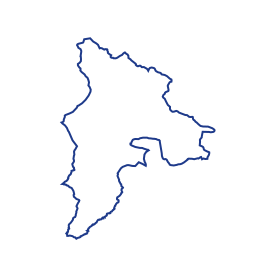 Lundazi, Eastern, Zambia, rotated 257°
{"feature_id": "96606910B63463932820005", "entity_name": "Lundazi", "entity_type": "district", "adm_level": 2, "iso_a3": "ZMB", "parent_name": "Zambia", "parent_adm1": "Eastern", "projection": "natural_earth1", "projection_center": [33.083, -12.415], "detail": "fine", "context": "isolated", "style": "outline", "palette": "blue", "viewbox_px": 256, "rotation_deg": 257, "n_neighbors": 0, "source": "geoboundaries", "source_scale": "gbopen_adm2", "svg_char_len": 5645}
<svg xmlns="http://www.w3.org/2000/svg" viewBox="0 0 256 256"><g transform="rotate(257 128 128)"><path d="M32.0,52.5L31.7,52.9L32.2,53.9L32.3,55.2L32.2,55.4L32.4,56.3L32.4,57.0L32.5,57.2L33.2,57.5L33.4,59.3L33.6,59.7L33.8,60.7L34.3,61.6L34.1,61.9L34.1,62.4L34.4,63.3L34.3,63.7L34.5,63.8L34.4,64.1L35.1,64.9L36.2,65.1L36.5,65.9L36.9,65.5L36.9,66.1L37.8,65.9L38.3,66.2L38.5,66.7L39.1,67.0L39.4,67.8L40.0,68.3L40.8,70.6L41.3,70.9L41.3,71.5L41.7,71.8L41.6,72.2L41.9,72.3L41.7,73.0L41.9,73.1L41.9,73.9L42.5,74.9L42.8,75.1L43.0,76.1L44.4,77.2L45.2,78.2L45.1,78.6L45.3,79.3L45.1,79.4L45.2,79.6L45.0,81.2L45.8,82.3L45.6,82.4L45.8,82.9L45.7,83.0L46.2,83.3L45.8,83.8L46.1,83.9L46.4,84.4L46.5,84.9L46.3,85.2L46.7,85.2L47.4,87.4L47.8,87.6L48.0,87.9L48.7,87.9L49.2,88.2L49.3,88.5L49.3,90.3L49.0,90.5L49.0,91.5L49.5,91.5L50.2,92.4L50.3,93.5L51.4,94.7L51.4,95.1L52.3,96.7L53.0,96.4L53.9,97.0L55.0,97.7L55.0,98.1L55.6,98.4L56.8,99.5L57.6,100.7L57.7,101.7L58.0,102.1L59.1,102.5L59.8,102.5L60.4,101.9L60.7,101.5L61.0,101.5L61.2,101.3L61.8,101.4L62.8,101.9L63.8,104.5L65.1,106.2L66.2,106.9L66.4,107.7L66.8,108.0L68.6,107.6L69.4,107.8L70.0,108.1L70.7,109.4L71.1,109.7L72.8,108.5L74.7,108.7L75.4,108.1L77.0,107.9L77.6,107.5L78.8,107.4L79.5,107.7L83.7,107.0L85.3,107.9L86.2,107.7L90.3,112.0L91.3,114.0L92.0,118.7L91.7,120.3L90.1,123.6L89.3,126.4L89.4,126.7L92.2,130.8L89.6,134.2L87.2,136.8L87.9,137.1L89.6,137.1L91.4,136.6L93.7,136.6L94.2,136.5L98.5,138.1L100.5,140.2L101.4,142.4L101.6,143.1L102.3,142.6L102.4,142.0L104.5,138.5L105.3,137.5L106.0,134.9L107.9,130.8L110.3,127.5L111.9,126.2L111.6,126.6L111.7,126.9L112.3,126.9L112.3,127.5L112.5,127.8L113.5,128.3L115.4,130.0L115.7,131.5L115.6,132.0L115.7,132.5L114.8,135.8L115.3,137.5L115.2,140.6L114.3,144.4L113.3,145.9L112.7,147.9L111.8,150.1L111.7,150.9L111.6,151.0L110.9,152.9L109.9,154.1L109.3,155.6L108.3,156.1L107.5,155.9L95.8,155.2L93.1,154.8L91.1,155.0L89.9,155.5L89.3,156.4L89.4,157.3L89.0,158.0L88.3,158.6L86.0,159.2L84.0,160.2L82.9,160.4L82.2,161.4L81.2,164.2L81.1,167.4L81.3,168.8L81.0,170.6L81.1,172.3L81.9,174.9L83.7,178.8L83.9,178.7L84.4,179.4L84.5,180.1L83.6,183.5L82.7,185.5L82.8,189.0L82.4,189.8L83.3,192.1L83.3,192.7L80.9,193.1L81.3,194.7L80.4,196.3L80.1,198.4L81.6,198.9L83.4,200.6L84.8,201.4L86.0,201.7L86.6,201.1L86.9,200.4L89.4,197.4L90.3,197.1L91.9,197.1L92.5,196.9L93.3,196.2L94.9,194.0L98.4,195.1L100.2,195.4L100.9,195.9L102.2,197.7L103.2,198.0L107.5,199.9L105.9,206.1L105.2,207.7L105.0,210.2L105.3,211.1L105.9,211.7L106.7,211.8L107.5,211.3L108.8,210.1L111.3,206.4L112.6,201.4L113.7,199.1L115.8,197.5L118.0,196.1L118.9,195.2L120.5,194.5L121.0,193.9L121.5,193.6L122.2,193.4L124.1,193.6L124.4,193.2L124.6,191.5L125.2,190.0L127.0,188.7L127.3,188.3L127.8,186.7L130.7,182.4L131.6,181.1L132.8,180.3L133.6,179.3L133.8,178.8L133.6,176.5L133.8,175.1L134.3,174.5L135.5,173.7L136.2,173.3L137.2,173.2L139.2,173.7L141.5,172.0L145.3,171.0L148.2,170.4L149.7,169.2L150.7,168.9L152.2,169.9L153.1,171.6L154.0,172.0L154.5,172.9L154.9,175.4L155.2,175.8L156.2,176.1L160.1,176.2L160.8,176.6L163.1,178.8L163.6,180.2L163.4,180.7L164.2,181.1L165.5,181.2L166.7,179.8L169.7,177.7L171.4,175.7L172.7,172.8L173.9,172.4L174.4,172.0L175.6,169.7L177.0,168.2L177.8,167.7L179.0,167.6L179.9,167.3L180.6,166.7L181.6,164.7L181.6,163.0L180.9,161.9L179.2,160.6L180.6,160.2L181.5,159.7L183.8,157.2L184.2,155.1L185.8,154.2L186.1,153.4L185.9,151.6L186.3,150.9L187.2,150.1L187.8,149.8L188.3,150.1L188.9,149.9L193.1,146.5L193.8,146.1L194.2,146.0L196.1,144.2L198.4,144.6L198.9,144.3L199.6,144.2L200.7,143.0L202.3,142.0L202.2,141.4L201.5,139.9L200.6,138.8L200.0,136.2L199.0,133.7L198.7,132.6L198.7,131.5L199.1,130.0L199.2,129.6L199.8,129.2L200.0,128.2L200.3,127.6L200.9,127.1L201.9,127.3L202.7,128.0L204.0,126.6L205.5,125.4L205.9,125.3L206.9,125.6L208.4,125.2L208.9,125.5L209.4,125.3L210.0,123.4L209.7,122.7L210.0,122.1L211.4,120.7L212.1,119.3L212.0,118.3L215.8,117.5L217.6,116.1L220.1,113.5L223.9,111.3L224.3,105.3L221.7,103.8L221.3,103.3L221.2,98.7L221.0,97.7L220.4,97.1L219.9,97.0L219.1,97.4L217.3,97.7L215.5,99.5L213.8,99.8L212.8,99.6L208.6,97.9L208.5,98.1L205.7,97.7L203.7,97.1L202.4,95.5L201.7,93.6L200.2,93.3L197.7,94.3L196.9,95.0L196.3,95.1L194.8,94.5L193.1,95.3L189.9,97.8L187.9,98.4L186.1,99.8L184.4,100.1L181.3,100.3L178.3,99.0L176.7,99.8L173.8,100.3L171.8,99.6L168.5,97.0L167.1,95.4L165.0,93.0L162.4,88.8L160.9,84.7L160.9,83.8L159.3,82.7L156.1,77.9L155.3,74.3L154.7,70.0L154.3,69.2L153.1,69.0L150.8,67.4L149.2,66.9L148.8,66.5L148.4,65.6L148.3,64.5L147.2,65.1L144.7,67.2L141.8,68.5L138.7,69.0L137.6,69.5L128.4,71.2L121.7,74.2L119.1,71.9L118.2,70.8L117.1,70.1L114.0,69.7L113.2,69.1L110.2,67.9L108.8,68.1L107.5,67.8L106.0,66.3L105.7,65.8L105.3,65.6L102.6,65.7L101.6,66.4L100.5,66.2L99.8,66.4L99.6,66.2L99.1,66.2L98.9,65.4L99.1,64.7L98.9,63.3L98.2,63.2L97.4,62.8L96.9,62.3L96.2,62.1L96.0,61.7L95.5,61.3L95.2,60.3L94.6,59.6L94.2,59.4L93.9,59.0L93.4,58.9L92.8,58.3L92.4,58.5L91.2,57.6L91.0,57.1L90.4,56.5L90.2,56.0L89.8,54.2L89.3,53.7L88.2,51.5L87.9,52.5L87.3,53.0L87.3,53.7L87.0,54.5L86.4,55.2L86.1,55.1L85.5,55.9L85.2,56.7L83.5,57.7L83.4,58.0L82.2,59.6L79.2,60.6L78.1,60.7L75.6,60.7L75.1,60.0L74.1,59.8L73.3,60.0L73.1,59.9L71.7,61.0L70.5,61.7L69.0,64.0L68.4,64.3L67.4,63.7L65.9,62.2L63.4,60.2L62.7,60.3L62.2,60.6L60.9,60.7L58.2,58.8L57.3,58.7L55.1,57.5L54.4,57.4L53.8,56.9L53.2,56.5L53.1,55.7L52.7,54.5L51.6,53.8L51.3,53.8L50.6,53.3L48.4,50.7L47.6,49.2L47.0,48.6L46.7,48.4L43.6,48.0L43.6,47.8L43.1,48.0L42.4,46.8L41.1,46.5L39.9,45.8L40.0,45.4L39.5,45.2L39.6,44.9L39.3,44.8L39.1,44.2L37.8,44.7L36.6,44.5L36.3,45.6L36.3,47.1L35.2,49.4L34.7,50.0L33.7,50.8L33.2,52.1L32.0,52.5Z" fill="none" stroke="#1e3a8a" stroke-width="2"/></g></svg>